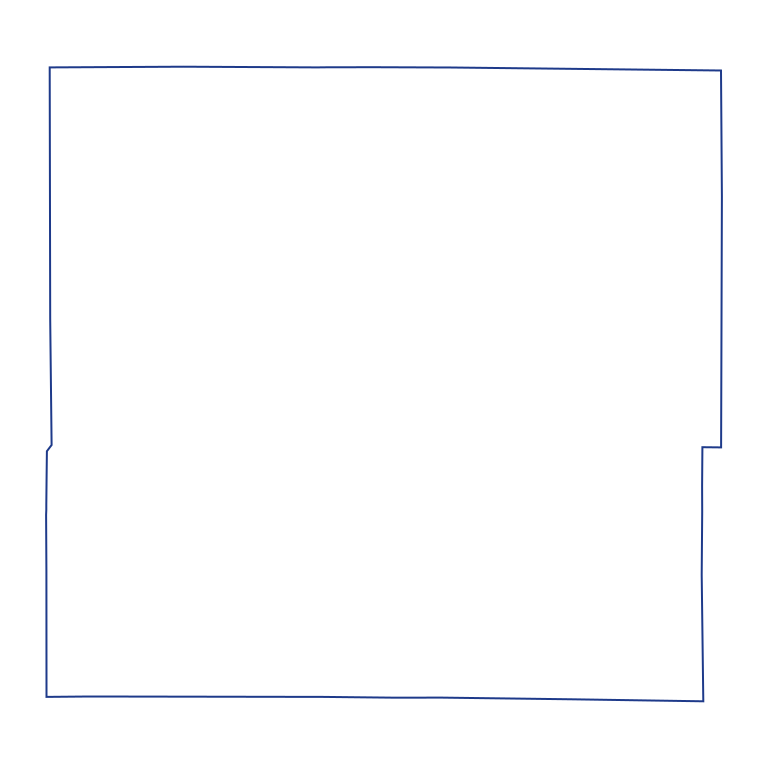 Dodge, Wisconsin, United States of America (Equal Earth projection)
{"feature_id": "52423323B32671588728946", "entity_name": "Dodge", "entity_type": "district", "adm_level": 2, "iso_a3": "USA", "parent_name": "United States of America", "parent_adm1": "Wisconsin", "projection": "equal_earth", "projection_center": [-88.734, 43.414], "detail": "fine", "context": "isolated", "style": "outline", "palette": "blue", "viewbox_px": 768, "rotation_deg": 0, "n_neighbors": 0, "source": "geoboundaries", "source_scale": "gbopen_adm2", "svg_char_len": 480}
<svg xmlns="http://www.w3.org/2000/svg" viewBox="0 0 768 768"><path d="M572.3,699.3L703.3,701.3L701.7,574.9L702.2,512.0L702.1,485.7L702.4,447.2L721.1,447.4L721.9,196.6L721.0,70.5L451.4,67.5L451.1,67.5L372.0,67.2L325.1,67.3L317.3,67.4L183.6,66.7L49.7,67.4L50.2,319.1L51.6,445.0L46.9,451.2L46.6,476.3L46.3,504.7L46.3,509.7L46.1,514.8L46.4,570.7L46.5,696.9L89.3,696.5L323.3,696.9L396.7,697.7L440.7,697.6L572.2,699.3L572.3,699.3Z" fill="none" stroke="#1e3a8a" stroke-width="2"/></svg>